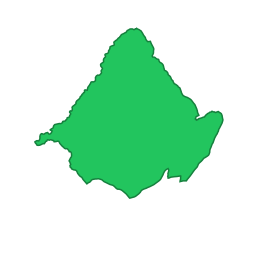 outline of Ragonvalia, Norte de Santander, Colombia, rotated 232°
{"feature_id": "7082276B67756005712401", "entity_name": "Ragonvalia", "entity_type": "district", "adm_level": 2, "iso_a3": "COL", "parent_name": "Colombia", "parent_adm1": "Norte de Santander", "projection": "albers", "projection_center": [-72.499, 7.601], "detail": "fine", "context": "isolated", "style": "filled", "palette": "green", "viewbox_px": 256, "rotation_deg": 232, "n_neighbors": 0, "source": "geoboundaries", "source_scale": "gbopen_adm2", "svg_char_len": 5832}
<svg xmlns="http://www.w3.org/2000/svg" viewBox="0 0 256 256"><g transform="rotate(232 128 128)"><path d="M71.6,200.1L73.9,205.0L75.5,207.3L76.3,208.0L77.5,208.5L79.9,209.8L81.6,210.3L82.6,210.2L83.4,209.9L84.0,209.5L84.9,209.5L85.4,209.3L85.5,209.2L85.5,208.8L85.9,208.0L86.0,207.2L86.3,206.5L86.7,206.2L87.3,206.2L87.5,205.8L88.1,205.2L89.5,204.5L89.4,203.4L90.1,202.1L90.0,201.1L90.4,199.4L90.2,198.6L90.3,197.8L90.0,196.1L89.7,195.5L89.6,195.1L90.2,194.0L90.6,192.3L91.7,189.7L91.8,189.1L91.6,188.2L91.8,187.8L92.0,187.7L92.0,186.3L92.1,186.5L93.2,187.0L93.5,187.0L93.7,186.8L93.8,187.0L94.0,187.0L95.0,188.7L95.0,189.0L94.6,190.2L94.4,191.7L96.5,192.1L98.1,192.7L98.6,193.1L100.7,193.9L104.8,195.0L105.5,195.1L107.2,195.0L110.7,195.1L111.7,195.0L113.1,194.6L115.5,193.6L117.5,192.3L119.6,191.4L121.0,191.5L122.7,191.8L124.1,192.4L127.5,193.5L128.2,193.4L129.3,192.9L130.5,193.1L131.0,193.0L133.1,192.4L134.5,191.7L137.2,192.2L137.6,192.5L138.9,192.2L139.9,192.3L141.8,192.9L142.8,193.0L144.7,192.6L145.5,192.5L146.6,193.2L147.7,193.3L148.5,193.3L149.7,193.0L150.8,192.4L151.2,192.3L152.2,192.9L152.9,193.1L155.5,194.3L156.3,194.5L157.4,194.5L158.6,194.3L159.0,194.1L159.6,193.8L160.1,193.6L161.7,193.7L162.7,194.2L163.3,194.3L164.1,193.6L165.0,193.1L165.6,192.9L166.9,192.7L167.4,192.5L168.8,191.1L169.7,191.3L170.0,191.6L170.9,193.4L171.4,194.2L173.2,195.7L174.3,196.9L175.1,197.3L175.9,197.5L179.8,198.2L181.4,198.6L182.5,199.0L183.9,196.7L184.7,196.6L186.0,196.6L187.2,196.7L187.9,197.1L188.9,197.4L191.4,197.4L193.7,197.8L195.9,198.0L196.8,198.0L197.8,197.5L198.7,197.3L200.4,196.3L201.2,196.2L201.1,195.7L201.6,195.0L201.7,194.7L201.5,194.1L201.6,193.7L202.0,193.1L202.3,192.9L202.8,192.8L203.4,192.4L204.2,191.4L204.7,190.6L204.9,189.8L204.9,188.8L205.3,187.5L204.9,186.2L204.5,185.3L204.9,184.3L204.9,183.7L205.2,182.1L205.5,181.2L205.6,180.2L205.5,179.8L205.2,179.1L204.9,177.6L204.6,177.1L204.8,175.8L204.3,173.4L204.5,172.1L204.4,171.0L204.5,170.4L204.2,169.6L203.2,169.1L202.2,168.5L201.9,168.0L202.0,167.4L202.4,166.5L202.8,165.2L203.0,163.9L201.6,162.4L201.2,161.5L200.7,160.0L199.9,159.6L199.5,158.8L199.4,158.5L199.4,157.8L200.2,155.7L200.0,155.2L199.8,154.8L198.7,154.6L198.0,154.1L197.9,153.9L197.8,152.9L197.6,151.9L197.3,151.2L196.6,150.4L195.5,149.9L195.1,149.3L195.2,146.8L195.2,146.2L195.0,145.6L194.5,145.2L193.6,144.7L192.9,144.6L191.8,144.7L191.2,144.6L190.9,144.6L190.4,144.3L189.7,142.2L189.4,141.9L187.9,141.2L187.6,140.6L187.2,138.2L187.5,137.5L188.3,136.8L188.4,136.4L188.5,135.1L187.8,133.4L186.0,132.1L185.6,131.7L185.3,131.1L185.3,130.4L185.5,129.3L185.7,129.0L186.4,128.3L186.7,127.8L186.9,127.2L186.6,126.5L186.2,125.9L185.8,124.6L185.4,123.8L185.1,122.3L184.6,121.2L182.9,119.1L184.4,117.7L184.5,117.4L184.5,117.0L184.2,116.6L183.3,116.1L182.9,115.5L183.1,114.8L183.0,114.1L182.7,113.2L182.8,112.5L182.6,112.1L182.4,112.0L182.1,111.0L182.1,109.7L181.4,108.8L181.0,107.6L180.9,104.2L180.6,103.4L180.0,102.5L179.4,102.3L179.2,101.9L179.0,99.4L179.1,98.2L178.8,96.7L177.9,96.3L176.6,95.2L176.2,94.5L176.1,94.0L176.3,93.7L176.8,93.3L177.0,93.1L177.0,92.7L176.6,91.8L176.1,91.6L175.0,91.7L174.5,91.6L174.2,91.3L173.8,89.9L173.6,89.5L172.9,88.8L172.9,87.8L173.5,86.5L173.3,86.1L172.7,85.4L172.5,84.9L172.5,84.4L172.6,84.0L172.3,83.3L172.3,82.9L172.3,82.5L173.2,81.0L173.3,80.7L173.2,80.3L172.7,80.0L172.6,79.2L172.7,78.1L173.2,77.2L173.8,76.7L175.8,72.4L175.7,71.6L175.3,70.4L174.5,69.6L174.2,69.0L174.5,66.3L174.5,65.9L174.4,65.5L174.1,65.5L172.7,66.4L172.4,66.2L172.0,65.9L171.2,63.8L171.4,62.6L171.6,62.2L172.2,61.9L173.9,61.9L174.2,61.3L174.7,60.1L174.8,59.3L174.8,58.1L175.3,57.5L176.6,56.6L176.8,56.3L176.8,55.5L176.5,54.5L175.2,53.0L174.6,52.7L174.0,52.2L173.1,50.8L173.0,50.2L172.8,49.8L172.9,49.5L174.0,48.6L174.2,48.2L174.2,47.9L174.5,46.3L173.7,45.8L172.0,45.9L171.5,45.9L171.1,45.7L170.7,45.7L170.4,45.8L169.7,46.4L168.7,48.0L168.6,48.9L168.3,49.6L168.1,51.3L167.2,52.2L167.2,52.5L167.9,54.6L168.0,55.0L167.7,55.9L168.2,56.8L168.2,57.5L167.7,57.9L166.9,58.4L166.5,59.6L166.2,60.0L165.4,60.6L164.9,60.7L164.3,61.4L163.5,61.6L163.1,61.5L162.8,61.3L162.6,61.3L162.3,62.0L161.9,62.4L161.6,62.9L161.0,64.3L160.7,64.7L159.9,65.2L159.4,65.2L158.1,64.8L156.9,64.8L153.7,65.0L152.5,65.4L151.4,65.4L150.8,65.6L150.1,66.0L149.9,66.2L149.4,67.1L149.0,67.4L148.2,67.5L147.5,67.4L146.6,67.5L145.9,67.2L145.5,67.1L145.3,67.2L145.1,67.8L144.7,68.1L143.5,68.1L142.6,67.7L141.0,66.6L140.1,65.5L139.8,64.3L138.4,61.4L137.6,61.2L136.8,61.2L135.3,60.6L134.7,60.6L134.4,60.2L134.2,59.2L133.3,58.8L132.9,58.4L132.4,58.6L132.0,58.7L130.6,58.4L130.2,58.5L129.6,58.9L129.0,59.1L128.4,59.5L127.1,60.7L126.6,60.9L126.1,61.0L125.3,61.0L123.2,60.4L120.6,60.4L119.1,60.6L117.8,61.2L117.2,61.2L115.2,60.9L109.3,61.2L109.3,63.0L108.9,64.5L109.0,65.8L109.4,66.8L109.3,68.3L108.0,70.8L107.3,71.7L106.2,73.5L104.6,74.7L103.2,75.6L100.5,76.1L99.3,76.7L97.9,77.4L94.6,79.0L92.2,80.8L90.4,81.3L87.6,81.6L86.4,82.0L85.2,83.3L84.6,83.8L83.3,84.6L81.9,85.0L77.1,86.0L71.8,86.1L71.6,86.3L69.8,90.6L69.5,92.1L69.5,96.0L69.8,98.2L70.3,99.3L70.5,100.9L70.2,102.7L69.3,105.3L68.9,107.3L68.4,108.9L67.5,113.4L67.3,119.8L67.4,121.3L67.6,122.2L69.5,126.6L70.7,128.6L71.6,130.9L71.7,132.6L71.4,134.6L70.3,134.4L69.8,134.2L69.2,133.7L67.4,131.3L66.1,130.6L65.6,129.6L64.6,129.3L64.0,128.7L63.8,128.8L63.4,129.4L62.8,131.6L61.1,134.5L59.4,137.1L59.0,137.9L57.9,139.9L57.7,140.0L57.5,139.8L56.3,138.7L55.3,138.0L54.8,137.1L53.7,136.0L52.4,138.9L50.4,141.5L51.0,143.2L52.0,147.7L54.0,154.5L54.7,158.5L55.3,159.7L56.1,161.0L56.5,162.3L56.7,165.3L57.0,167.1L57.5,169.0L57.2,170.9L57.0,173.1L57.0,174.7L57.3,175.5L58.5,177.4L59.7,178.4L60.6,179.4L61.9,181.8L63.6,184.5L63.8,185.4L64.4,186.5L66.6,189.9L68.1,193.2L68.4,194.3L68.7,195.0L69.2,195.7L69.9,197.3L71.0,198.6L71.6,200.1Z" fill="#22c55e" stroke="#15803d" stroke-width="1.5"/></g></svg>